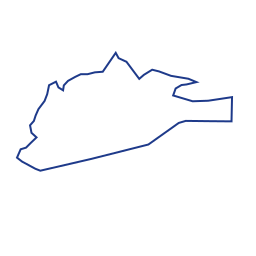 outline of Ilha das Flores, Sergipe, Brazil, rotated 18°
{"feature_id": "56859067B72212955782696", "entity_name": "Ilha das Flores", "entity_type": "district", "adm_level": 2, "iso_a3": "BRA", "parent_name": "Brazil", "parent_adm1": "Sergipe", "projection": "orthographic", "projection_center": [-36.559, -10.46], "detail": "fine", "context": "isolated", "style": "outline", "palette": "blue", "viewbox_px": 256, "rotation_deg": 18, "n_neighbors": 0, "source": "geoboundaries", "source_scale": "gbopen_adm2", "svg_char_len": 711}
<svg xmlns="http://www.w3.org/2000/svg" viewBox="0 0 256 256"><g transform="rotate(18 128 128)"><path d="M93.1,60.3L86.6,82.3L79.3,85.3L72.8,89.4L66.5,91.4L62.1,95.6L56.4,101.7L53.8,107.3L54.6,112.2L49.3,110.9L45.2,106.2L39.7,111.7L40.7,120.8L40.3,128.1L37.0,137.7L36.3,144.6L36.3,150.4L34.0,155.7L37.7,162.4L43.9,165.2L40.2,172.1L37.1,178.2L32.5,181.4L31.6,190.5L37.7,192.7L52.5,195.4L57.8,195.7L102.7,168.7L152.5,137.4L174.7,107.5L180.7,103.4L202.5,96.6L224.4,89.7L217.4,66.5L195.8,77.3L181.2,82.6L160.9,83.1L161.1,75.7L165.6,70.6L170.2,68.5L178.9,63.2L170.2,62.5L152.8,65.1L140.0,64.6L133.0,65.1L126.7,72.5L123.5,77.8L106.1,65.5L97.5,64.5L93.1,60.3Z" fill="none" stroke="#1e3a8a" stroke-width="2"/></g></svg>